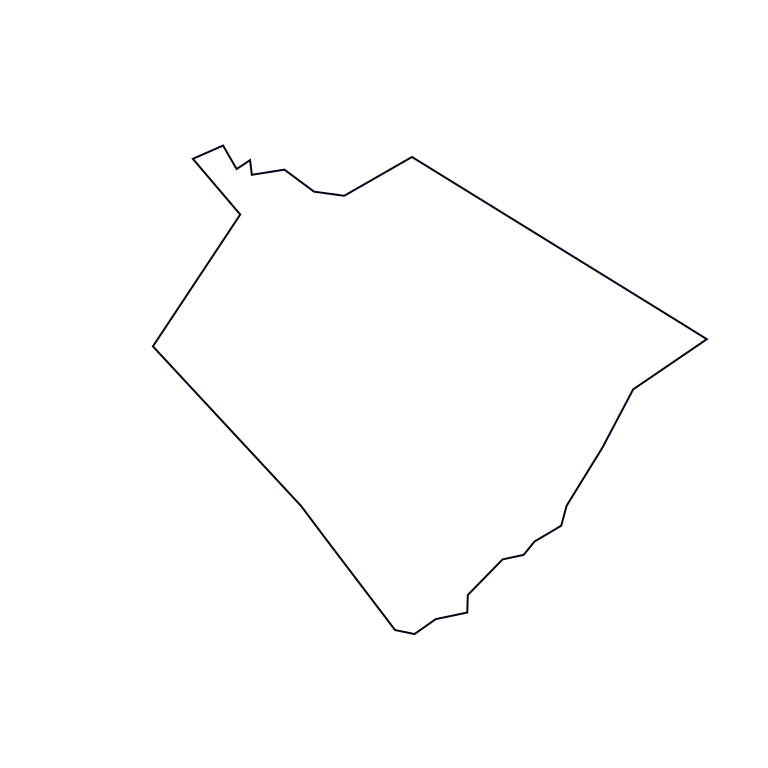 Shelby, Kentucky, United States of America, rotated 26°
{"feature_id": "52423323B12558460234328", "entity_name": "Shelby", "entity_type": "district", "adm_level": 2, "iso_a3": "USA", "parent_name": "United States of America", "parent_adm1": "Kentucky", "projection": "albers", "projection_center": [-85.196, 38.198], "detail": "fine", "context": "isolated", "style": "outline", "palette": "ink", "viewbox_px": 768, "rotation_deg": 26, "n_neighbors": 0, "source": "geoboundaries", "source_scale": "gbopen_adm2", "svg_char_len": 513}
<svg xmlns="http://www.w3.org/2000/svg" viewBox="0 0 768 768"><g transform="rotate(26 384 384)"><path d="M501.8,600.3L521.0,595.4L533.6,572.6L559.0,552.9L551.8,536.9L567.5,489.6L584.4,476.4L588.3,459.6L605.4,433.7L601.5,413.3L608.2,345.4L610.3,279.6L654.5,202.2L611.4,197.8L309.6,167.7L265.7,232.3L236.8,241.8L200.5,235.0L173.5,253.9L165.5,241.5L157.3,255.4L134.8,240.2L113.5,265.4L173.6,291.7L180.5,294.7L159.8,451.5L363.0,530.0L401.5,549.7L501.8,600.3Z" fill="none" stroke="#020617" stroke-width="2"/></g></svg>